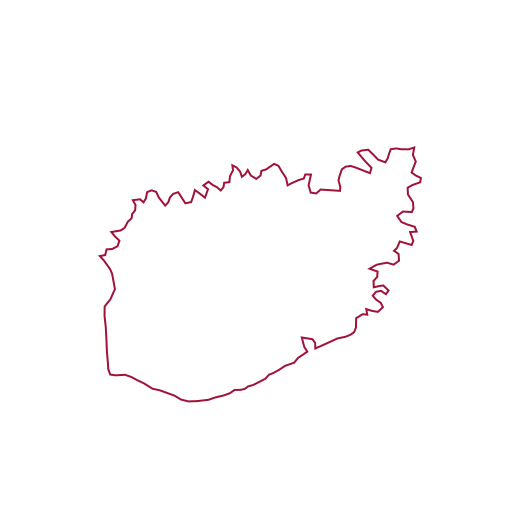 Ouro Verde do Oeste, Paraná, Brazil, rotated 129°
{"feature_id": "56859067B29282085628082", "entity_name": "Ouro Verde do Oeste", "entity_type": "district", "adm_level": 2, "iso_a3": "BRA", "parent_name": "Brazil", "parent_adm1": "Paraná", "projection": "robinson", "projection_center": [-53.938, -24.799], "detail": "fine", "context": "isolated", "style": "outline", "palette": "rose", "viewbox_px": 512, "rotation_deg": 129, "n_neighbors": 0, "source": "geoboundaries", "source_scale": "gbopen_adm2", "svg_char_len": 2563}
<svg xmlns="http://www.w3.org/2000/svg" viewBox="0 0 512 512"><g transform="rotate(129 256 256)"><path d="M72.1,201.3L77.1,204.6L81.7,210.4L84.0,214.5L88.2,218.5L92.4,217.1L97.0,215.2L101.8,214.4L104.3,221.9L103.4,228.6L102.8,235.7L107.7,240.4L111.5,242.1L113.5,232.0L114.8,221.7L119.9,219.6L124.3,233.5L126.4,239.0L130.2,242.6L134.6,243.8L141.3,241.4L145.4,239.4L149.2,234.0L152.5,231.7L163.7,247.6L169.5,248.6L172.3,253.4L168.0,259.6L158.1,264.5L161.6,269.0L165.8,267.6L169.9,270.5L176.7,274.0L181.2,275.9L176.5,281.7L174.2,288.9L171.8,295.3L173.0,299.9L182.3,302.6L186.4,305.4L190.6,303.1L195.9,304.3L196.7,310.7L194.4,316.5L199.2,315.8L203.3,316.8L200.4,321.5L199.4,326.9L200.4,331.4L203.9,327.8L210.4,326.4L215.3,323.2L219.2,326.8L222.9,324.6L227.3,324.6L227.1,329.5L228.1,334.5L228.1,339.6L234.3,341.3L234.3,335.3L242.8,332.4L242.9,339.8L243.2,345.0L249.1,342.4L254.9,340.3L259.5,344.1L257.4,350.5L255.4,356.6L259.9,359.5L264.8,359.7L269.4,358.0L274.0,358.3L271.7,368.4L269.0,373.9L270.6,378.4L274.9,380.8L280.6,377.8L285.1,377.2L284.9,381.8L290.1,386.8L292.3,381.6L296.6,378.7L301.4,378.7L304.9,376.4L309.9,377.2L316.9,375.8L321.4,377.3L328.4,383.5L329.5,378.2L330.1,371.7L335.6,369.8L341.0,372.1L344.9,376.3L350.2,373.8L354.3,377.3L355.3,371.0L358.0,361.2L360.4,356.6L365.1,351.1L370.5,344.8L381.3,341.9L390.4,341.9L398.0,335.9L405.8,328.0L416.5,318.4L423.8,312.0L432.3,303.8L436.8,299.7L439.9,294.7L437.0,289.9L430.8,283.1L428.5,276.9L427.1,269.4L425.5,263.0L424.2,252.7L421.1,246.7L415.8,231.5L414.8,224.1L411.6,217.1L405.8,210.4L397.6,202.4L391.2,198.4L384.8,193.4L379.2,190.0L373.5,188.3L369.9,183.9L366.4,181.1L362.3,180.1L358.0,177.0L345.6,171.5L340.0,171.2L336.3,169.0L329.9,166.4L323.1,164.3L314.9,159.2L308.6,159.2L298.1,155.9L296.2,161.4L290.5,169.1L285.1,159.7L286.3,155.4L290.5,151.7L278.7,145.7L268.8,140.8L262.3,135.5L257.7,133.0L253.5,131.8L248.7,133.3L241.3,139.0L234.1,136.5L231.6,132.6L227.9,136.9L225.6,131.2L222.7,126.1L215.9,125.2L213.9,129.5L214.3,135.2L213.4,140.3L208.3,140.2L204.4,136.9L203.9,131.0L199.4,131.3L198.8,138.6L202.3,141.7L206.2,144.8L201.5,148.9L195.9,148.7L191.6,151.7L194.4,159.7L187.0,156.8L183.7,154.2L178.7,149.9L176.1,143.6L169.6,141.9L164.7,146.5L165.1,152.0L161.0,151.5L154.2,153.4L149.5,142.0L145.3,143.2L140.4,151.3L135.9,146.5L133.4,151.1L136.2,158.0L138.1,164.3L136.0,171.5L129.0,169.8L123.8,162.6L119.9,163.6L115.4,167.9L112.5,176.7L107.5,181.1L102.4,179.1L95.4,174.8L91.6,177.0L92.9,182.5L93.2,187.6L87.0,189.7L82.1,191.2L78.7,197.7L72.1,201.3Z" fill="none" stroke="#9f1239" stroke-width="2"/></g></svg>